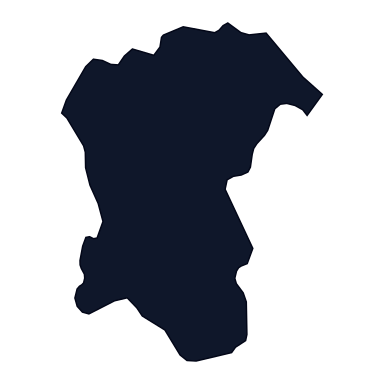 Pescara, Albers equal-area conic projection
{"feature_id": "ITA-5418", "entity_name": "Pescara", "entity_type": "Province", "adm_level": 1, "iso_a3": "ITA", "parent_name": "Italy", "parent_adm1": "", "projection": "albers", "projection_center": [13.979, 42.31], "detail": "fine", "context": "isolated", "style": "filled", "palette": "ink", "viewbox_px": 384, "rotation_deg": 0, "n_neighbors": 0, "source": "natural_earth", "source_scale": "10m", "svg_char_len": 1126}
<svg xmlns="http://www.w3.org/2000/svg" viewBox="0 0 384 384"><path d="M266.1,33.1L302.9,77.1L322.3,94.4L307.1,115.4L302.7,109.7L295.1,105.5L286.8,103.4L280.3,104.2L274.8,108.8L267.7,130.3L264.5,135.3L256.9,143.6L253.7,148.5L252.2,154.4L250.4,167.2L247.9,172.0L241.3,175.0L233.4,176.3L227.1,179.8L225.1,189.3L252.8,248.4L247.2,263.6L241.2,266.0L238.6,267.7L236.5,271.1L234.8,278.3L236.3,283.6L243.2,292.9L246.3,301.9L246.9,334.5L245.6,340.6L235.5,347.2L231.6,352.6L196.2,361.0L187.0,360.5L180.1,355.0L164.9,330.0L142.3,316.0L136.8,307.8L127.2,297.8L114.5,300.8L88.9,313.9L82.4,312.1L77.2,306.3L74.9,298.0L77.1,289.0L79.5,286.2L81.8,284.8L83.6,282.9L84.7,278.2L84.4,274.2L81.3,268.4L80.1,264.9L80.0,260.5L82.7,246.1L85.9,237.4L89.6,236.7L93.5,238.7L97.1,238.0L103.0,221.5L98.2,203.5L90.0,185.2L85.6,167.7L85.3,152.2L83.6,145.8L66.9,118.0L61.7,113.1L66.4,100.0L85.7,66.7L93.4,59.2L102.4,60.5L110.8,64.4L118.3,64.9L124.4,56.0L132.4,49.0L153.8,55.3L160.0,47.0L161.5,37.3L163.4,35.1L183.2,26.8L214.7,32.7L219.0,30.3L223.1,25.6L227.8,23.0L240.9,32.6L249.1,34.9L266.1,33.1Z" fill="#0f172a" stroke="#020617" stroke-width="1.5"/></svg>